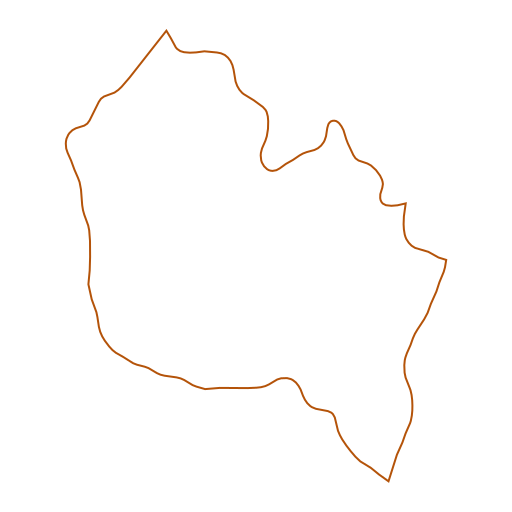 Los Hidalgos, Puerto Plata, Dominican Republic
{"feature_id": "3306468B64768612261884", "entity_name": "Los Hidalgos", "entity_type": "district", "adm_level": 2, "iso_a3": "DOM", "parent_name": "Dominican Republic", "parent_adm1": "Puerto Plata", "projection": "equal_earth", "projection_center": [-70.999, 19.734], "detail": "fine", "context": "isolated", "style": "outline", "palette": "amber", "viewbox_px": 512, "rotation_deg": 0, "n_neighbors": 0, "source": "geoboundaries", "source_scale": "gbopen_adm2", "svg_char_len": 2708}
<svg xmlns="http://www.w3.org/2000/svg" viewBox="0 0 512 512"><path d="M446.2,259.9L438.5,257.5L428.3,251.8L415.1,247.9L411.6,245.7L408.7,242.7L406.3,239.0L405.4,236.8L404.7,234.4L403.9,229.4L403.6,224.2L403.9,216.3L405.7,203.4L397.5,205.3L391.4,205.8L385.9,205.2L382.7,203.5L381.5,202.0L380.6,200.1L380.2,198.1L380.3,194.2L382.3,187.7L382.9,184.1L382.6,181.9L382.0,179.7L380.1,175.7L376.0,170.1L371.0,165.5L367.4,163.5L358.5,160.5L355.5,158.3L353.3,155.0L347.8,143.3L346.2,139.1L343.5,130.2L341.5,126.4L339.2,123.3L337.7,122.0L336.2,121.1L334.4,120.7L332.6,120.8L330.9,121.4L329.5,122.6L328.4,124.2L327.3,127.9L326.0,136.3L324.6,140.4L323.6,142.3L321.1,145.6L318.0,148.2L314.4,150.0L306.7,152.1L303.0,153.5L299.6,155.4L293.0,159.9L285.9,163.9L279.7,168.4L276.4,170.2L272.6,170.9L270.7,170.7L268.7,170.1L267.0,169.1L264.1,166.3L261.9,162.5L261.2,160.3L260.7,155.4L260.9,152.9L262.0,148.5L265.4,140.7L266.8,136.3L268.0,128.8L268.2,121.2L267.8,116.4L266.6,111.9L265.6,110.0L262.9,107.0L253.8,100.3L243.7,94.1L242.1,92.8L239.4,89.7L237.2,85.9L235.6,81.6L233.6,69.7L232.4,65.1L230.5,61.0L227.9,57.6L224.8,55.0L221.0,53.3L217.0,52.5L204.4,51.3L196.1,52.4L189.9,52.7L184.0,52.2L180.3,51.1L177.1,48.9L175.8,47.4L170.9,38.3L166.4,30.7L157.9,41.5L129.7,77.4L121.6,86.8L118.2,90.0L114.5,92.6L104.0,96.5L101.0,98.7L98.8,101.9L89.6,120.4L87.3,123.6L84.3,125.6L75.8,128.3L72.4,130.2L69.5,133.0L68.3,134.7L66.5,138.7L66.0,141.1L65.8,143.6L66.2,148.5L67.6,152.7L71.1,160.6L74.4,169.6L78.0,177.9L79.6,182.2L81.0,189.7L82.2,205.2L83.0,210.2L84.3,214.8L88.2,225.5L89.2,230.4L90.0,240.9L90.1,257.0L89.7,270.5L88.4,284.3L91.7,299.3L96.4,312.2L97.4,317.0L98.9,326.9L100.2,331.8L102.2,336.4L104.8,340.7L109.2,346.5L112.4,350.0L115.9,352.8L123.1,356.9L133.1,363.2L136.9,364.7L144.7,366.7L148.5,368.1L156.9,373.1L160.5,374.7L164.5,375.7L176.6,377.4L180.6,378.4L184.2,380.0L192.6,385.1L196.4,386.6L205.1,389.1L219.8,387.9L247.4,388.1L256.5,387.7L261.0,387.2L265.3,386.1L269.0,384.4L277.2,379.5L281.1,378.3L287.0,378.1L290.9,379.1L292.7,380.0L295.9,382.5L298.5,385.8L300.6,389.5L303.0,395.8L304.9,399.7L307.3,403.2L310.2,406.0L311.8,407.1L315.9,408.8L327.9,411.1L331.4,412.7L332.9,414.1L334.8,417.5L338.0,430.8L339.9,435.2L342.2,439.4L346.3,445.5L350.7,451.2L355.4,456.7L360.3,461.4L370.9,467.9L379.0,474.5L388.5,481.3L396.9,454.8L402.4,442.5L405.6,433.4L410.1,423.1L410.8,420.9L411.8,415.8L412.3,410.7L412.4,405.5L412.2,400.3L411.6,395.1L410.5,390.2L409.7,388.0L405.6,377.6L404.6,372.7L404.3,365.1L404.8,360.0L405.4,357.5L406.9,353.2L410.5,345.1L412.9,338.3L414.9,333.8L417.4,329.6L424.1,319.4L427.6,312.9L430.9,303.8L436.4,291.5L439.4,282.3L443.7,271.9L445.0,267.3L446.2,259.9Z" fill="none" stroke="#b45309" stroke-width="2"/></svg>